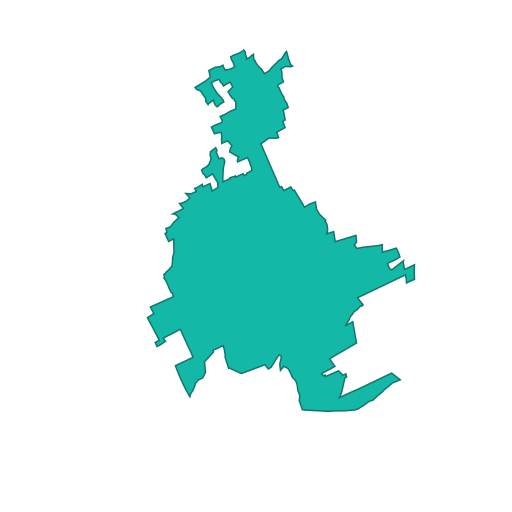 outline of Hocabá, Yucatán, Mexico, rotated 239°
{"feature_id": "50627088B46222132432578", "entity_name": "Hocabá", "entity_type": "district", "adm_level": 2, "iso_a3": "MEX", "parent_name": "Mexico", "parent_adm1": "Yucatán", "projection": "equal_earth", "projection_center": [-89.223, 20.81], "detail": "fine", "context": "isolated", "style": "filled", "palette": "teal", "viewbox_px": 512, "rotation_deg": 239, "n_neighbors": 0, "source": "geoboundaries", "source_scale": "gbopen_adm2", "svg_char_len": 5579}
<svg xmlns="http://www.w3.org/2000/svg" viewBox="0 0 512 512"><g transform="rotate(239 256 256)"><path d="M154.3,379.8L161.4,383.8L166.9,387.3L167.8,377.5L168.1,376.4L175.1,379.1L176.0,380.0L174.2,365.2L176.4,364.0L182.0,364.8L181.3,370.3L180.9,374.6L181.1,377.7L181.0,378.9L185.8,379.9L190.5,380.3L192.3,373.0L193.2,369.9L194.2,366.4L198.2,368.4L200.7,370.1L201.5,367.5L202.0,366.0L208.4,352.2L210.5,346.4L214.6,345.9L216.3,349.5L222.2,352.3L227.5,331.3L236.9,335.1L238.6,328.2L241.0,330.6L244.4,332.3L246.0,332.9L248.3,333.2L249.6,333.2L250.0,332.9L250.7,334.2L255.9,332.8L259.4,331.9L261.1,331.9L262.4,332.0L264.9,332.0L271.8,334.8L272.9,328.7L272.8,322.7L276.4,322.8L292.8,322.8L292.9,321.5L297.3,321.4L297.7,313.5L302.5,313.6L302.6,311.7L349.8,318.0L349.7,319.5L349.7,319.9L350.5,327.8L346.4,334.2L345.8,336.4L351.4,337.5L351.1,347.1L357.5,348.2L357.7,350.1L357.6,351.1L361.7,352.6L367.2,354.6L366.6,360.1L371.3,361.1L375.4,360.8L378.3,361.8L381.3,361.5L385.5,362.0L386.6,362.2L388.1,362.4L390.4,362.2L391.3,362.9L391.1,369.2L393.8,369.8L395.5,370.1L396.0,370.5L399.0,372.1L400.9,373.2L403.5,373.5L403.5,374.4L403.4,378.6L401.2,382.1L400.5,382.9L400.2,383.9L400.0,385.1L402.1,384.4L405.2,384.8L406.7,385.2L407.9,385.2L409.8,385.9L415.6,387.5L415.1,385.6L413.9,383.5L411.8,379.4L411.9,376.5L410.8,372.5L410.7,371.8L410.5,371.2L409.9,368.9L409.7,367.7L409.3,366.2L408.0,363.0L407.9,359.0L408.0,358.2L407.9,357.1L413.5,356.9L417.2,355.9L418.3,355.6L421.6,355.4L423.5,355.8L425.7,355.4L430.2,357.7L430.2,356.6L430.0,354.6L429.4,352.5L429.8,349.3L430.7,350.0L434.2,350.8L435.3,351.4L436.1,351.9L438.9,351.6L438.5,350.7L438.5,349.6L438.6,347.8L438.7,345.0L439.4,341.8L439.8,339.3L439.7,337.8L439.8,336.8L438.4,336.4L436.7,336.2L435.1,336.1L433.4,336.0L429.3,335.4L429.3,333.0L429.5,330.2L430.6,327.0L431.5,325.3L435.5,325.5L436.5,326.0L436.7,325.2L436.7,323.5L436.9,322.5L438.8,318.0L439.3,311.1L432.9,309.0L431.9,302.6L431.9,290.6L429.3,290.9L425.9,293.5L420.9,293.7L417.1,294.0L414.3,292.6L410.5,292.9L411.0,293.6L411.5,299.7L408.3,299.0L406.7,298.9L406.0,298.9L403.8,299.6L404.6,303.2L404.6,307.7L406.4,308.2L411.1,307.5L416.1,306.4L423.3,306.4L427.6,307.0L427.3,311.2L426.4,315.5L423.3,315.1L421.3,315.8L418.4,315.7L418.6,319.3L418.4,323.4L412.8,323.1L411.3,316.6L409.4,316.6L406.9,316.6L405.1,316.8L403.7,316.9L402.6,317.5L402.1,318.0L400.5,317.6L399.9,317.7L398.6,318.1L393.4,315.1L392.3,314.3L393.3,309.2L393.4,301.0L393.7,300.6L394.0,297.1L389.4,296.8L388.6,295.9L388.2,294.3L389.2,288.4L389.5,284.2L382.2,283.3L380.9,287.9L379.5,289.7L376.1,288.3L374.1,286.7L373.9,286.6L373.6,286.5L370.1,284.6L370.1,285.6L369.9,286.4L369.3,290.7L367.5,291.4L363.0,292.2L361.8,290.1L361.0,288.9L360.0,288.2L358.7,287.0L349.9,292.1L347.5,289.1L346.1,288.8L344.7,299.4L339.2,298.8L336.4,297.9L334.8,298.0L332.8,297.1L331.4,296.7L331.7,290.7L330.8,290.1L331.0,287.2L333.2,287.4L333.8,282.1L334.0,279.1L335.2,279.5L336.5,274.0L335.7,273.7L336.6,265.8L340.3,267.9L340.4,268.0L348.1,273.2L352.9,277.8L355.6,278.5L357.7,277.5L358.3,274.4L365.8,275.4L366.4,276.9L369.6,277.2L369.3,274.4L369.2,273.1L369.0,271.8L368.9,270.8L366.1,268.6L362.7,267.7L361.1,265.9L358.8,262.8L357.9,259.4L358.0,258.5L358.1,255.7L357.6,253.5L357.3,253.4L353.5,253.1L352.7,253.7L348.6,253.6L348.7,257.2L348.8,261.0L346.3,261.0L338.5,261.0L334.3,258.6L334.3,252.0L341.8,253.9L342.6,246.4L343.3,246.1L345.1,246.8L345.0,241.0L345.4,238.8L345.5,238.3L342.0,238.0L342.8,232.3L345.7,228.1L340.3,229.1L339.9,228.8L338.8,224.5L339.5,219.7L340.4,217.5L334.1,218.2L334.4,212.0L334.7,210.0L334.9,206.7L334.9,206.4L334.0,207.7L332.0,208.9L328.7,209.7L327.2,202.9L325.1,197.7L326.0,192.9L322.2,192.0L322.1,189.6L321.8,189.6L313.4,188.6L313.1,194.3L301.2,187.5L297.5,183.5L295.8,182.7L290.7,178.9L289.7,175.8L289.0,174.2L288.6,171.2L287.7,169.0L287.7,167.6L287.3,167.5L285.4,166.8L285.3,166.7L284.4,165.6L283.5,165.9L281.3,166.0L278.1,165.7L276.6,165.5L273.0,164.9L268.1,164.5L267.0,165.3L263.7,164.1L266.7,139.2L259.2,138.7L259.1,131.2L233.6,129.8L233.6,129.0L233.8,125.1L229.3,124.5L229.2,129.4L229.5,134.6L233.4,134.1L232.7,143.8L232.6,146.2L232.1,153.2L231.1,153.3L230.8,153.3L226.6,152.7L223.8,152.4L220.9,152.1L215.1,151.4L206.8,150.6L201.6,149.8L203.5,130.4L192.8,128.6L182.1,127.4L176.7,127.0L169.2,126.8L169.2,127.0L170.2,127.3L171.5,129.0L173.2,132.6L176.1,136.6L177.9,138.3L179.4,142.1L179.2,144.5L179.3,144.8L178.9,147.2L179.5,148.5L181.3,151.2L182.3,152.9L191.8,157.3L195.6,170.1L197.3,170.6L196.1,181.5L191.7,180.6L190.1,179.7L187.8,179.1L185.2,177.4L174.0,174.7L174.1,175.1L162.8,182.9L158.2,207.6L152.8,208.4L152.8,211.6L159.6,224.9L156.8,226.1L151.1,220.7L145.4,218.1L147.0,223.1L143.0,225.5L139.6,225.5L133.4,224.7L130.5,225.4L128.3,225.7L124.7,225.0L119.6,222.8L116.6,222.1L116.1,222.0L115.1,222.2L112.3,220.6L111.6,220.0L110.0,218.7L106.6,217.9L104.7,217.6L100.4,216.5L98.2,219.4L88.0,234.5L85.9,237.6L82.7,243.6L77.3,252.9L77.2,253.1L77.2,253.3L75.1,257.4L72.9,262.0L72.3,265.1L72.5,268.3L72.5,271.5L72.9,275.0L73.1,278.4L73.0,279.0L72.2,282.3L73.8,289.2L74.3,293.6L75.5,298.1L75.8,301.5L76.9,307.5L75.6,315.9L85.8,311.9L88.6,281.8L89.5,273.0L90.1,268.9L91.7,254.4L94.7,258.9L105.7,269.4L105.7,271.5L108.8,272.3L108.9,269.1L115.0,267.7L116.9,253.5L118.5,253.8L118.7,251.9L121.4,251.7L120.7,266.8L120.9,266.8L129.9,266.1L130.0,271.4L129.6,297.3L149.9,305.1L150.1,296.4L153.3,302.9L155.3,305.3L156.4,308.6L157.7,311.3L158.0,315.6L159.3,319.5L158.7,320.4L158.6,321.5L158.9,322.6L167.9,321.5L162.9,374.2L160.1,373.5L155.3,371.1L155.0,375.8L154.3,379.8Z" fill="#14b8a6" stroke="#0f766e" stroke-width="1.5"/></g></svg>